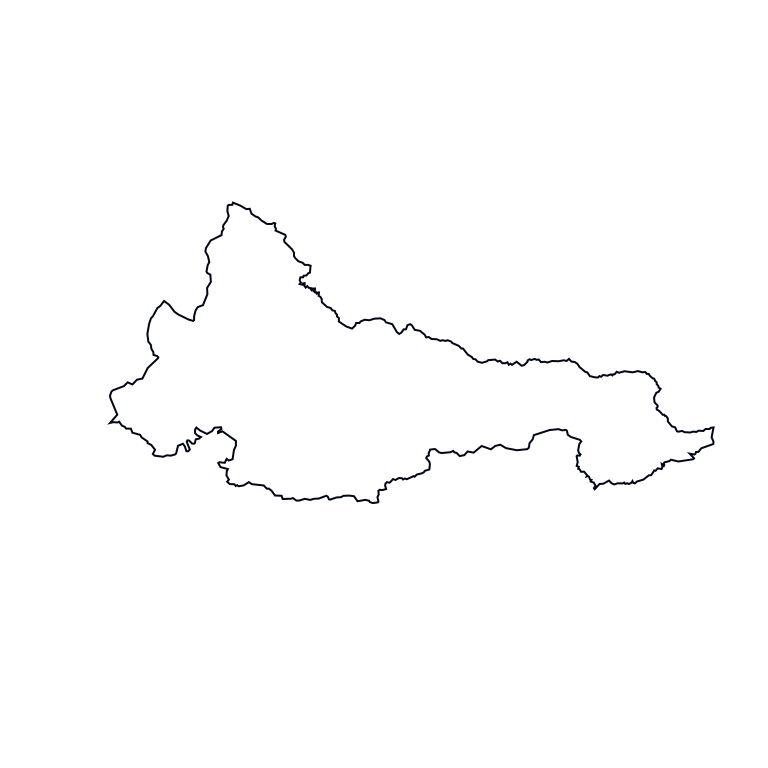 the district of Chat Trakan, Phitsanulok, Thailand, rotated 56°
{"feature_id": "78962969B67438013372379", "entity_name": "Chat Trakan", "entity_type": "district", "adm_level": 2, "iso_a3": "THA", "parent_name": "Thailand", "parent_adm1": "Phitsanulok", "projection": "orthographic", "projection_center": [100.699, 17.422], "detail": "fine", "context": "isolated", "style": "outline", "palette": "ink", "viewbox_px": 768, "rotation_deg": 56, "n_neighbors": 0, "source": "geoboundaries", "source_scale": "gbopen_adm2", "svg_char_len": 6165}
<svg xmlns="http://www.w3.org/2000/svg" viewBox="0 0 768 768"><g transform="rotate(56 384 384)"><path d="M589.1,268.2L587.4,261.2L589.3,258.0L589.9,251.4L593.7,250.8L596.0,249.3L597.0,245.7L599.9,241.8L600.0,240.0L601.8,239.8L602.4,237.7L603.9,236.9L604.2,234.0L603.4,232.3L605.3,232.6L606.7,231.5L606.3,228.9L608.3,222.4L607.8,215.5L609.0,213.5L606.8,208.3L607.8,207.4L607.0,204.3L609.7,201.4L608.4,199.5L605.9,198.5L608.4,197.8L607.8,196.8L606.2,196.5L605.8,195.2L607.5,190.6L607.3,188.4L612.9,183.2L619.3,169.7L619.0,168.5L612.7,169.5L616.1,166.0L616.0,164.8L614.8,163.3L616.1,161.3L614.7,156.9L617.9,144.6L616.1,143.1L611.4,142.2L604.3,135.1L603.0,137.7L603.4,139.2L601.1,142.6L601.5,145.5L598.5,149.5L598.5,151.7L596.4,154.3L595.5,157.1L592.1,161.7L589.6,163.1L588.2,166.5L587.0,167.6L582.8,166.9L580.1,169.0L573.7,169.6L571.2,167.9L568.3,168.1L567.4,169.0L566.3,168.8L565.4,170.1L560.3,170.9L557.7,172.1L556.3,171.5L556.0,170.0L554.9,169.2L550.5,170.0L546.1,167.6L543.6,163.2L544.0,160.6L542.7,157.4L540.5,158.3L539.0,157.6L536.6,158.0L535.0,157.0L533.1,157.5L530.7,157.0L529.7,158.0L525.9,159.0L523.6,158.9L522.5,160.5L520.3,160.6L518.6,163.5L515.4,166.1L513.3,171.4L507.9,177.5L506.1,182.9L504.0,184.3L504.9,187.4L504.1,188.7L504.6,189.8L502.9,190.5L502.0,194.2L499.0,197.3L499.4,200.0L497.9,201.0L498.3,202.8L496.7,205.1L492.6,208.9L488.0,209.0L486.6,210.3L479.4,212.4L475.4,212.4L472.4,213.6L470.2,216.1L466.6,216.6L467.0,219.7L464.8,221.8L462.9,226.3L458.9,231.8L457.6,236.4L455.4,238.4L453.7,241.6L450.2,242.1L449.3,244.0L447.5,245.0L446.4,248.6L444.9,249.5L444.8,251.7L445.8,252.6L446.7,257.3L445.8,259.7L439.7,261.6L439.7,267.2L437.9,267.8L437.8,269.8L435.0,269.5L434.6,271.9L432.9,274.3L429.6,274.8L429.0,277.1L425.9,278.2L422.5,284.3L422.8,286.0L421.2,290.9L417.8,293.9L414.8,294.3L413.1,296.0L410.8,296.1L406.5,298.1L398.7,298.7L398.0,299.9L394.2,300.7L388.3,304.4L386.3,304.7L383.3,306.7L382.9,308.6L380.4,311.1L379.7,313.2L376.4,315.2L373.3,319.4L370.1,320.6L368.9,323.0L365.9,322.7L359.9,324.5L356.4,328.2L350.8,328.1L349.0,328.9L348.4,331.7L350.9,335.2L349.7,337.2L351.1,340.8L351.0,343.4L348.2,344.3L339.0,343.7L334.0,347.9L331.4,347.8L327.6,350.2L324.6,355.2L322.9,360.6L319.9,364.1L319.1,368.4L319.7,370.4L317.8,372.9L319.5,375.3L320.2,379.5L315.1,383.2L306.9,386.5L304.0,384.5L301.8,385.2L300.2,384.1L298.4,384.6L295.9,383.9L293.9,385.7L291.2,385.7L288.3,388.1L281.5,389.8L278.6,388.1L276.2,388.0L274.4,388.9L271.7,386.7L271.1,387.9L271.5,389.1L269.6,389.0L269.6,389.9L267.5,390.4L267.4,388.6L266.2,387.8L265.3,389.4L265.8,391.6L264.6,391.7L264.0,390.7L262.2,392.6L259.9,392.9L260.3,395.0L258.4,395.1L256.0,393.4L255.3,394.9L256.7,395.5L254.0,398.0L253.3,396.2L250.8,395.9L248.8,393.7L250.3,391.3L249.3,390.1L250.6,387.7L249.8,384.6L250.3,383.2L244.9,378.7L242.7,380.4L240.8,383.2L238.1,383.6L234.3,386.4L230.1,387.2L227.6,387.1L225.0,385.2L221.1,384.9L210.3,387.1L208.4,386.0L207.1,383.1L205.2,382.4L196.2,388.1L194.9,386.8L192.0,386.4L190.1,384.3L188.9,385.3L188.5,387.7L185.8,391.6L179.8,394.2L175.4,395.2L173.2,396.9L168.7,398.6L163.7,397.3L162.1,400.3L155.7,403.4L149.2,407.8L150.6,409.5L148.7,412.7L148.8,413.8L153.1,417.2L157.9,418.8L160.6,423.0L162.5,428.3L163.9,429.8L165.7,430.1L166.9,433.1L169.7,435.4L168.1,447.4L171.7,455.5L174.3,458.0L179.6,458.5L185.3,460.7L186.8,463.6L191.5,468.3L193.3,468.4L196.2,466.8L202.5,470.4L205.4,476.9L210.9,480.3L217.4,490.0L216.1,495.4L217.7,499.1L221.5,503.4L224.8,505.7L225.0,506.9L221.4,509.9L211.5,515.6L206.9,517.3L198.3,517.8L192.2,519.9L194.2,525.8L194.3,529.4L198.6,537.7L199.2,540.4L202.6,544.9L210.2,552.2L217.1,555.7L221.1,555.4L224.9,557.2L228.6,557.4L231.0,558.8L233.9,556.5L235.7,556.2L236.3,557.0L238.6,571.0L244.4,581.2L242.3,586.3L243.7,592.8L239.3,595.6L240.3,600.9L237.6,612.5L237.9,614.2L240.4,617.6L242.6,618.7L260.3,622.3L263.1,632.9L264.2,629.9L267.0,626.2L267.1,624.7L272.0,624.5L274.5,622.9L276.8,622.7L279.5,618.8L283.7,619.8L289.8,614.6L292.8,614.8L299.3,612.2L300.8,613.0L304.5,611.0L310.5,610.6L312.8,614.8L315.1,614.3L320.9,607.7L321.6,604.1L324.3,600.6L325.6,596.4L325.2,595.0L320.0,589.3L321.1,584.1L324.5,584.0L329.1,585.4L330.3,584.0L329.7,581.6L321.7,579.9L320.8,578.5L321.9,577.2L326.1,576.4L327.3,574.9L327.2,573.8L324.6,571.0L325.8,568.1L325.6,565.4L322.3,567.5L319.1,568.1L316.1,566.1L315.2,563.9L319.7,562.5L326.4,558.7L326.9,552.7L325.4,549.0L328.7,543.3L330.4,543.9L330.6,548.1L331.8,549.0L332.9,544.4L348.4,538.6L352.4,541.3L354.6,545.1L361.7,551.6L360.6,555.5L358.1,556.3L360.3,560.1L356.9,564.1L356.8,565.6L361.5,566.0L367.2,561.0L368.3,563.0L371.6,565.7L376.5,566.1L377.3,568.7L380.7,567.8L383.6,564.0L385.6,564.0L385.8,562.3L387.5,561.7L389.6,557.0L389.8,550.9L393.1,549.6L400.9,540.4L405.3,539.7L406.3,538.0L409.6,536.9L415.5,536.7L419.4,531.4L422.7,532.3L427.2,525.1L427.6,523.3L431.7,521.8L433.3,519.3L434.9,513.9L438.9,509.9L439.9,506.5L442.5,502.1L444.4,494.3L445.9,493.6L448.8,494.1L449.7,493.3L451.5,486.8L453.8,482.9L454.0,480.2L457.1,475.2L460.3,471.6L466.4,471.5L469.6,464.3L472.5,461.6L473.9,461.8L476.5,459.8L478.7,455.3L478.5,454.5L474.0,452.6L472.7,450.2L469.4,448.4L469.3,446.7L470.9,445.0L472.3,441.0L468.9,439.9L467.4,438.5L467.0,436.5L469.0,434.5L467.9,429.7L470.0,428.1L470.3,424.2L472.1,421.8L473.8,421.7L474.1,419.4L475.7,418.4L476.9,411.0L478.0,410.4L477.4,407.5L479.1,402.9L479.5,400.4L478.8,398.7L480.2,394.2L476.0,390.7L473.8,389.9L468.9,390.4L468.1,389.0L468.4,386.8L466.5,385.8L464.2,382.4L466.4,378.1L471.6,376.5L473.4,374.9L477.7,367.1L478.2,364.0L480.1,363.9L481.6,362.4L486.1,361.5L487.9,357.2L486.7,352.4L491.0,348.1L490.0,337.7L497.9,331.9L497.6,326.4L499.3,321.6L505.4,318.7L513.2,310.9L518.1,301.7L517.8,299.5L514.4,296.4L513.1,291.8L510.2,288.3L514.8,272.4L519.0,264.6L522.1,262.2L523.7,258.9L525.1,258.5L528.8,260.0L532.2,258.8L539.9,252.8L541.9,252.6L543.1,255.8L547.5,260.1L549.7,260.9L552.3,260.5L552.9,261.8L551.3,263.7L551.6,264.7L557.1,267.1L559.7,270.1L561.6,268.8L562.9,270.4L563.9,269.6L567.0,269.7L568.5,267.2L573.3,266.6L574.0,267.7L574.3,266.6L575.5,265.9L578.4,266.6L579.5,265.6L580.4,267.2L583.1,265.2L586.7,265.6L587.7,268.2L589.1,268.2Z" fill="none" stroke="#020617" stroke-width="2"/></g></svg>